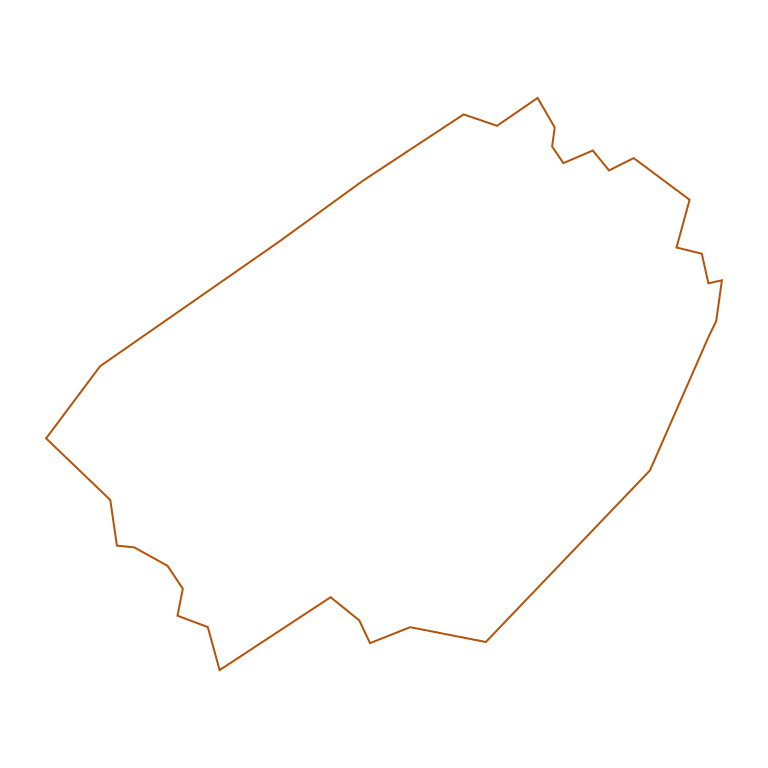 outline of Braxton, West Virginia, United States of America
{"feature_id": "52423323B93118909799031", "entity_name": "Braxton", "entity_type": "district", "adm_level": 2, "iso_a3": "USA", "parent_name": "United States of America", "parent_adm1": "West Virginia", "projection": "natural_earth1", "projection_center": [-80.697, 38.706], "detail": "fine", "context": "isolated", "style": "outline", "palette": "amber", "viewbox_px": 768, "rotation_deg": 0, "n_neighbors": 0, "source": "geoboundaries", "source_scale": "gbopen_adm2", "svg_char_len": 545}
<svg xmlns="http://www.w3.org/2000/svg" viewBox="0 0 768 768"><path d="M485.8,642.0L649.9,470.5L709.1,335.6L716.2,321.2L721.9,280.3L708.4,283.3L701.8,253.7L676.5,247.5L689.6,199.8L633.7,158.1L609.0,170.4L592.8,150.5L563.4,163.1L552.1,146.5L554.7,127.4L537.6,97.9L497.0,125.8L463.6,114.4L363.2,180.5L279.0,241.7L100.1,366.2L46.1,438.4L110.3,500.0L116.9,545.6L134.3,547.4L167.6,565.9L182.8,588.7L177.5,615.7L207.8,627.1L219.6,670.1L330.6,597.2L359.3,620.4L370.0,643.1L410.1,627.2L485.8,642.0Z" fill="none" stroke="#b45309" stroke-width="2"/></svg>